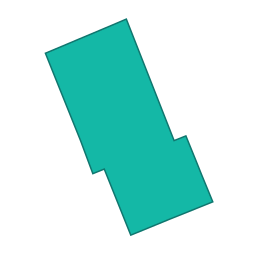 the district of Stone, Missouri, United States of America, rotated 157°
{"feature_id": "52423323B45280868731791", "entity_name": "Stone", "entity_type": "district", "adm_level": 2, "iso_a3": "USA", "parent_name": "United States of America", "parent_adm1": "Missouri", "projection": "albers", "projection_center": [-93.458, 36.747], "detail": "fine", "context": "isolated", "style": "filled", "palette": "teal", "viewbox_px": 256, "rotation_deg": 157, "n_neighbors": 0, "source": "geoboundaries", "source_scale": "gbopen_adm2", "svg_char_len": 382}
<svg xmlns="http://www.w3.org/2000/svg" viewBox="0 0 256 256"><g transform="rotate(157 128 128)"><path d="M78.5,56.6L78.2,71.5L77.8,98.1L90.5,98.4L87.0,228.9L109.7,228.9L112.1,228.9L138.3,229.0L148.4,229.0L148.9,229.0L174.8,229.1L175.3,205.0L176.6,135.0L178.2,99.7L165.9,99.5L167.3,28.3L125.8,27.8L78.8,26.9L78.5,56.6Z" fill="#14b8a6" stroke="#0f766e" stroke-width="1.5"/></g></svg>